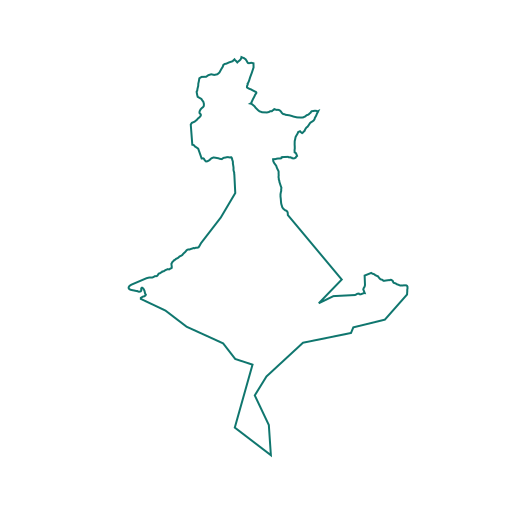 outline of Santa María Alotepec, Oaxaca, Mexico, rotated 159°
{"feature_id": "50627088B19376593923850", "entity_name": "Santa María Alotepec", "entity_type": "district", "adm_level": 2, "iso_a3": "MEX", "parent_name": "Mexico", "parent_adm1": "Oaxaca", "projection": "orthographic", "projection_center": [-95.857, 17.081], "detail": "fine", "context": "isolated", "style": "outline", "palette": "teal", "viewbox_px": 512, "rotation_deg": 159, "n_neighbors": 0, "source": "geoboundaries", "source_scale": "gbopen_adm2", "svg_char_len": 6164}
<svg xmlns="http://www.w3.org/2000/svg" viewBox="0 0 512 512"><g transform="rotate(159 256 256)"><path d="M190.7,432.9L189.3,436.8L191.2,438.1L192.7,438.3L194.1,438.8L194.4,439.2L194.6,439.9L194.7,441.0L195.0,442.4L195.2,443.4L195.8,444.2L196.4,445.2L197.0,445.6L198.3,446.9L198.6,446.4L199.3,445.6L200.0,445.0L201.6,444.3L202.8,444.0L204.1,443.4L204.5,444.5L204.8,445.4L205.3,446.0L205.6,447.3L207.1,446.7L208.0,446.2L211.7,446.4L214.8,446.2L216.4,446.5L218.0,446.1L219.2,444.6L221.2,443.1L224.4,440.4L226.9,439.5L230.1,440.0L232.7,441.7L235.7,441.9L238.3,441.2L242.6,442.7L245.2,442.2L247.0,439.2L248.1,437.6L249.0,435.5L250.7,433.1L251.7,431.3L252.4,430.9L252.7,430.1L253.2,427.4L253.4,425.5L250.7,422.2L250.4,420.5L249.9,419.0L250.1,416.8L250.6,415.5L250.9,415.0L251.2,414.5L251.7,414.2L252.3,413.9L253.4,413.6L255.1,412.8L255.8,412.2L256.6,411.5L257.2,410.6L257.5,409.8L257.3,409.0L257.0,408.6L256.9,408.0L256.9,407.5L257.1,407.1L257.7,406.5L259.2,405.7L261.1,405.1L262.0,404.5L262.8,404.2L265.2,403.4L268.2,403.3L269.8,402.1L275.6,382.7L274.8,382.2L274.3,381.7L274.0,381.0L273.8,380.2L273.1,379.3L272.7,378.7L272.0,377.7L271.5,376.9L271.8,366.5L270.3,366.1L269.8,365.5L269.7,364.5L269.3,363.2L268.8,362.2L267.9,361.9L266.9,361.9L265.5,362.1L264.5,362.4L263.6,362.9L262.2,363.2L260.3,363.2L258.2,362.0L257.4,361.5L256.2,360.8L254.8,359.6L253.2,358.7L251.9,359.1L250.7,359.2L249.5,358.9L247.9,358.7L246.8,358.4L245.7,357.7L244.7,357.1L243.9,357.2L243.5,356.6L243.5,355.2L243.7,354.7L243.7,353.3L243.9,351.9L244.3,351.1L244.6,349.8L244.9,348.4L245.2,347.0L245.5,346.0L245.9,345.2L246.3,343.8L246.5,341.5L247.0,340.3L247.0,339.9L252.8,322.2L275.0,304.6L302.6,287.8L305.5,285.4L306.5,284.7L307.5,284.7L309.4,285.3L310.8,285.3L311.4,285.8L312.7,285.8L314.1,285.9L315.8,285.9L316.9,286.4L318.0,286.4L318.8,286.2L319.6,285.7L320.7,285.1L322.3,284.5L323.4,284.0L324.5,283.3L326.4,283.0L327.5,283.0L328.6,282.5L329.4,282.2L330.1,282.1L331.7,282.0L332.8,281.5L333.8,281.5L334.8,280.9L336.0,280.5L337.8,279.0L338.6,275.8L339.1,275.0L340.8,274.9L341.7,274.6L342.4,274.9L343.3,275.4L343.8,275.3L345.3,275.3L346.0,275.2L347.6,274.8L349.1,275.1L349.4,274.8L350.8,274.6L351.9,274.3L353.2,274.4L354.9,273.1L355.9,272.8L357.7,273.4L359.2,273.1L360.6,273.1L361.7,273.5L362.6,273.9L363.6,274.2L366.1,274.5L382.2,273.9L383.2,273.8L383.8,273.6L384.6,273.5L385.4,273.0L386.0,272.5L386.3,272.0L386.4,271.4L386.3,270.9L385.9,270.1L385.6,269.9L384.9,269.2L384.4,268.9L383.5,268.3L382.9,267.9L382.4,267.7L381.8,267.2L381.0,266.7L380.1,266.1L379.3,265.8L378.9,265.2L378.4,264.8L377.8,264.5L377.1,264.4L376.4,264.3L375.8,264.6L375.4,265.0L375.0,266.4L374.6,267.0L373.9,267.3L373.4,267.0L373.3,266.5L372.9,265.9L372.7,265.0L372.6,263.4L373.0,260.6L372.7,259.4L373.3,258.8L374.7,258.4L376.0,258.6L376.9,258.5L377.8,258.3L378.5,258.2L378.9,257.2L360.1,237.5L346.1,214.8L318.0,186.2L312.3,167.3L298.2,155.8L337.3,103.4L313.5,64.7L304.6,93.6L307.1,126.3L289.4,139.8L243.2,158.2L194.9,150.1L190.7,154.5L158.5,150.4L128.8,165.9L127.7,168.3L127.3,169.1L127.0,170.1L126.2,171.4L125.6,173.0L125.7,174.0L126.2,174.7L127.3,175.2L128.7,175.7L129.7,175.9L130.5,176.3L131.4,176.5L132.6,177.3L133.2,178.0L133.6,178.3L134.7,179.2L135.4,180.3L136.1,180.9L136.6,181.2L137.1,181.7L137.3,182.2L137.2,183.4L137.5,184.1L137.9,184.6L138.1,185.1L139.0,185.6L139.6,185.5L141.1,186.0L143.2,186.5L145.6,187.0L146.1,187.5L146.5,188.4L147.1,188.9L147.6,189.2L148.1,189.7L148.6,190.6L148.9,191.5L149.2,192.4L149.5,193.5L150.2,194.0L150.9,194.8L151.5,195.3L151.9,196.2L152.5,196.9L153.7,197.8L154.5,198.9L161.6,198.8L164.6,190.0L165.1,189.1L166.0,188.1L167.0,187.4L167.8,186.4L167.8,185.2L167.8,182.4L168.4,182.7L171.8,182.7L172.6,182.9L173.2,183.4L173.5,184.1L174.9,184.4L175.9,184.3L176.5,184.1L177.6,184.1L198.1,190.8L214.3,189.4L184.4,203.3L211.6,282.8L210.9,285.0L210.9,286.4L211.6,287.6L212.3,288.1L213.0,289.3L213.6,290.4L214.0,292.0L213.9,293.2L213.8,294.9L213.6,296.3L213.1,298.1L212.4,300.4L211.8,302.8L211.4,303.8L211.0,304.9L209.9,306.7L209.1,307.8L208.7,309.0L207.8,310.7L207.8,312.6L207.6,316.7L207.3,317.9L207.3,319.2L206.9,320.4L206.7,321.6L205.9,323.2L205.4,324.8L204.7,326.5L204.6,327.6L204.8,329.2L204.9,331.1L204.8,333.0L205.7,336.2L205.9,338.2L205.4,340.2L204.5,340.0L203.2,339.5L201.7,339.4L200.8,339.2L199.2,338.7L198.5,338.4L197.6,338.2L197.1,338.3L196.7,339.0L195.9,338.9L194.8,338.5L193.0,337.9L190.6,337.1L189.8,336.2L188.7,336.0L188.0,335.2L187.4,335.0L187.2,334.3L186.1,333.7L185.5,333.5L184.5,333.5L183.7,333.6L183.2,334.1L181.8,334.7L181.8,336.7L181.9,337.8L182.8,338.9L182.0,341.2L181.4,342.2L180.6,344.3L180.0,346.2L178.7,349.4L177.6,351.0L176.4,352.9L175.1,354.0L173.2,355.5L172.2,356.6L170.2,356.7L170.0,356.0L168.9,354.2L168.1,354.4L167.6,354.6L166.8,355.1L165.8,355.4L165.0,356.3L163.9,357.2L162.6,358.0L161.7,358.1L159.6,359.5L158.4,360.4L157.8,360.8L156.5,361.2L155.2,361.4L153.7,361.8L152.8,362.4L152.1,363.0L151.6,363.8L150.6,364.6L149.6,365.4L148.5,366.6L147.6,367.5L146.9,368.0L145.9,369.0L147.0,368.9L147.0,369.3L147.7,369.9L148.5,370.3L149.7,370.7L150.7,370.8L152.0,371.2L152.7,371.0L153.7,370.2L155.1,369.8L155.8,369.4L156.9,369.2L158.2,369.3L160.3,368.6L161.3,368.6L162.5,368.5L164.3,369.1L168.0,370.7L171.0,372.7L171.6,373.2L172.3,373.8L173.1,374.4L174.3,375.3L176.6,376.6L177.6,377.1L178.7,378.2L179.7,378.7L180.2,379.5L180.7,380.6L180.9,381.8L181.4,383.0L182.3,384.1L183.1,384.6L184.6,385.1L186.3,386.6L186.8,386.3L187.3,386.0L188.3,386.0L189.2,385.5L190.1,385.7L190.8,386.1L192.3,385.8L194.4,386.1L195.1,386.4L198.8,388.0L200.0,389.1L200.9,389.8L201.9,391.5L202.2,392.2L203.4,394.9L203.6,396.0L204.1,397.0L204.5,397.7L205.6,399.6L206.6,400.3L206.0,400.4L205.8,400.5L205.3,400.8L204.7,401.5L204.5,401.8L203.7,402.4L203.3,402.9L202.8,403.4L200.8,405.1L200.4,405.5L199.8,406.0L199.3,406.6L198.5,407.2L197.7,407.7L197.4,407.9L197.2,408.2L197.1,408.6L197.3,409.2L197.5,409.5L198.1,409.9L198.7,410.7L199.7,411.8L200.3,412.5L201.0,413.4L201.9,414.1L202.6,414.8L203.7,416.1L204.0,416.6L203.9,417.0L203.5,417.8L203.2,418.2L202.4,418.9L202.1,419.4L202.1,419.9L201.2,420.5L199.6,422.2L197.4,425.0L194.3,428.5L190.7,432.9Z" fill="none" stroke="#0f766e" stroke-width="2"/></g></svg>